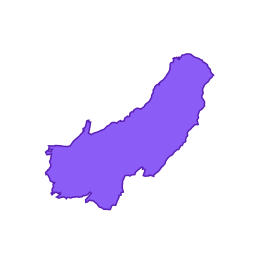 Farau, Alba, Romania, rotated 302°
{"feature_id": "2599482B58805597350523", "entity_name": "Farau", "entity_type": "district", "adm_level": 2, "iso_a3": "ROU", "parent_name": "Romania", "parent_adm1": "Alba", "projection": "equal_earth", "projection_center": [24.029, 46.338], "detail": "fine", "context": "isolated", "style": "filled", "palette": "violet", "viewbox_px": 256, "rotation_deg": 302, "n_neighbors": 0, "source": "geoboundaries", "source_scale": "gbopen_adm2", "svg_char_len": 5812}
<svg xmlns="http://www.w3.org/2000/svg" viewBox="0 0 256 256"><g transform="rotate(302 128 128)"><path d="M218.1,172.6L218.4,171.8L218.4,170.7L219.0,169.3L219.7,168.0L220.3,167.4L220.7,167.3L221.2,166.9L221.6,166.0L221.7,165.1L222.3,163.2L223.7,161.9L224.1,158.0L223.6,157.7L223.7,157.2L223.9,156.3L224.4,155.5L224.8,155.0L224.3,153.1L224.5,151.3L223.5,147.5L223.4,146.4L223.2,146.0L223.5,145.1L223.6,144.4L223.5,143.7L223.8,142.6L223.8,142.0L223.4,141.4L223.0,140.3L222.1,138.8L221.2,137.8L219.2,136.4L218.7,135.3L215.8,135.3L213.0,135.0L212.9,134.2L215.0,134.3L215.2,133.8L214.2,133.1L213.8,132.6L213.4,132.4L213.5,131.6L212.6,131.6L212.2,131.2L212.1,130.9L212.3,130.3L211.8,129.8L211.6,129.8L211.2,129.5L210.7,129.4L210.5,129.5L210.3,130.3L210.0,130.6L208.5,131.1L208.2,131.5L207.9,131.5L206.4,130.3L206.0,129.8L204.5,129.9L202.6,131.1L199.3,132.6L197.4,132.9L195.3,132.9L193.2,132.7L191.8,133.1L190.7,132.7L188.8,132.6L187.4,132.4L185.4,131.4L182.1,130.5L182.2,131.0L182.1,131.3L181.9,131.4L181.2,131.5L180.0,129.6L179.6,129.4L179.3,129.2L178.4,129.3L177.6,128.9L175.8,129.3L175.3,129.5L175.1,129.4L174.8,129.4L174.4,129.2L173.2,129.4L172.0,130.3L171.3,130.6L168.6,130.7L166.1,131.8L165.0,131.8L161.9,132.0L158.2,130.5L156.1,130.2L154.7,130.4L150.8,128.8L150.9,128.3L150.7,127.7L150.3,127.2L149.8,125.5L149.4,125.1L148.1,124.3L146.4,123.5L145.6,123.5L144.7,123.9L144.4,123.7L143.6,122.5L143.2,122.3L141.8,121.9L141.0,122.0L140.0,122.6L139.7,123.0L139.2,123.2L137.9,122.4L137.6,122.0L137.8,121.4L137.6,121.3L137.5,121.5L137.2,121.2L135.3,120.2L134.5,120.1L133.8,120.4L133.6,120.6L132.5,120.5L132.0,121.1L130.8,119.9L130.2,118.7L129.8,118.3L130.4,117.9L129.8,117.4L128.2,116.4L126.4,116.2L125.9,114.3L124.6,112.1L124.0,111.6L122.7,110.9L121.5,110.9L121.0,110.8L119.6,110.1L118.6,109.3L115.9,108.8L113.9,108.2L113.3,107.9L112.7,107.1L108.4,104.3L105.7,101.9L104.0,100.8L102.9,100.5L102.9,98.0L102.6,97.3L107.8,95.4L111.7,93.8L113.2,93.1L112.2,91.3L113.8,90.8L112.8,89.6L112.4,89.4L111.7,89.4L111.0,89.8L109.0,90.5L106.8,91.1L105.5,91.3L103.8,90.2L103.6,90.4L103.0,90.8L103.1,91.5L103.0,92.0L101.8,92.4L101.4,91.5L101.0,91.8L101.0,92.0L100.9,92.1L100.2,92.0L97.9,91.3L95.7,91.1L87.8,88.7L82.8,88.5L82.0,88.3L80.3,86.6L79.8,85.9L79.5,85.2L78.1,82.8L77.8,81.9L77.8,81.5L75.3,76.7L74.4,75.4L74.1,75.5L72.7,73.4L70.9,70.3L70.7,70.8L70.2,71.0L69.4,71.6L67.6,71.9L69.7,75.1L67.7,75.1L67.2,75.3L66.9,74.9L66.7,73.5L66.5,72.9L65.7,71.4L64.6,71.4L64.1,70.9L63.9,70.9L62.7,72.6L62.5,72.8L62.4,73.2L62.9,74.3L65.5,76.8L60.4,79.0L58.1,79.2L55.9,81.9L54.6,82.9L54.3,82.9L53.2,82.7L51.5,82.7L50.3,82.9L50.2,82.9L49.8,82.1L49.1,82.4L48.8,82.4L47.8,81.9L47.1,81.7L46.7,82.0L46.0,82.0L45.8,82.4L45.0,83.3L45.5,83.6L46.1,84.1L45.5,85.2L45.4,85.5L43.6,88.4L42.4,89.7L42.0,89.9L42.1,92.6L42.1,93.0L42.7,94.2L42.9,94.7L42.2,95.0L42.0,94.9L41.8,94.3L41.7,94.1L40.5,94.3L39.4,95.2L39.1,95.7L38.7,95.9L37.4,96.0L36.7,95.8L36.0,96.4L35.3,96.5L35.1,96.7L34.6,96.7L34.3,97.1L34.2,97.7L33.7,98.0L33.1,97.9L32.3,97.3L31.8,97.7L31.7,97.7L31.4,98.3L31.6,98.7L31.2,99.0L31.4,99.2L33.2,99.4L33.6,99.9L34.0,100.0L34.4,99.8L34.9,100.1L35.1,101.0L35.8,101.7L35.8,102.2L35.5,102.5L35.4,103.6L35.8,104.3L36.6,104.1L36.7,104.3L36.7,104.5L37.3,104.7L37.0,105.1L36.9,105.4L36.7,105.5L36.4,105.6L36.2,105.8L35.3,105.4L33.6,105.0L31.6,104.0L31.8,105.3L31.7,106.0L32.1,106.6L32.7,107.3L34.2,108.5L34.3,108.8L35.0,109.4L35.5,109.6L35.7,112.2L35.6,112.6L35.3,113.1L36.5,113.2L37.5,114.0L38.1,115.9L38.5,116.8L40.0,117.7L40.4,118.4L40.9,118.9L41.1,119.5L42.7,121.1L43.2,123.0L44.4,124.1L44.8,124.9L45.7,125.6L46.4,125.6L46.9,125.9L47.5,127.0L48.4,127.7L49.1,128.1L49.9,128.7L49.9,129.0L50.6,129.1L50.9,129.4L53.3,129.5L53.4,130.0L53.3,131.5L47.8,130.7L44.7,130.1L42.6,131.6L43.5,132.5L44.6,133.1L46.2,133.4L47.8,137.1L47.8,137.5L47.4,140.0L47.2,142.0L45.9,145.0L45.8,145.6L46.3,147.2L46.3,147.7L46.4,148.2L46.3,150.8L46.7,151.0L47.0,151.8L48.5,154.2L48.6,155.0L49.1,155.8L49.7,156.1L50.4,156.1L50.6,155.8L52.0,155.7L52.8,155.5L53.5,155.6L54.7,156.0L55.9,158.5L60.8,157.5L64.8,157.0L65.8,155.9L67.5,157.7L69.5,156.2L71.2,158.0L74.4,154.6L75.3,154.3L76.0,153.6L76.6,153.3L77.8,153.1L78.5,152.4L79.6,151.8L80.7,151.4L82.2,151.5L83.1,151.0L84.0,151.1L85.2,150.8L86.3,150.9L88.0,153.3L88.3,154.2L88.3,155.1L89.0,155.3L89.7,155.7L90.4,156.2L91.1,157.0L91.6,157.9L92.1,158.5L94.2,157.8L95.5,158.1L96.1,158.1L96.9,158.6L98.4,158.8L98.8,159.2L99.5,159.4L100.5,159.5L100.9,160.0L101.8,160.3L102.4,160.9L102.4,161.4L100.8,162.2L101.5,162.8L101.6,164.8L95.8,166.1L95.9,167.3L96.8,169.0L98.6,171.2L99.4,170.9L99.9,172.3L100.6,175.5L101.7,174.9L102.4,174.8L103.6,175.4L105.6,175.9L106.6,176.5L107.2,176.7L109.3,177.1L110.5,177.0L111.1,177.2L111.8,177.0L112.2,177.3L112.9,177.3L113.4,177.5L114.9,177.9L116.8,178.2L117.6,178.2L119.7,177.5L123.2,177.6L126.2,178.3L128.7,179.8L129.2,179.9L132.6,180.0L134.2,180.7L135.3,180.8L135.9,181.3L136.4,182.2L136.9,182.4L137.3,182.4L138.5,182.1L139.5,182.3L140.4,182.0L140.7,182.0L141.2,182.6L141.9,183.1L142.8,183.2L144.6,182.7L146.1,183.7L146.6,183.9L147.2,184.0L147.6,183.8L148.7,183.0L151.0,182.3L151.8,182.4L152.3,182.6L153.0,182.7L155.4,180.8L156.1,180.6L158.1,181.0L160.7,181.8L162.0,181.9L163.6,182.2L164.0,182.5L164.7,182.5L165.6,182.7L166.9,183.7L168.0,185.6L168.3,185.7L168.8,184.9L169.6,184.2L170.8,182.7L171.6,182.3L172.3,182.3L173.5,182.4L174.2,182.3L175.5,180.8L177.2,180.1L178.5,180.0L180.1,179.4L181.5,179.9L182.9,180.6L185.0,181.0L186.5,181.0L187.3,181.2L188.3,180.4L189.9,179.6L191.0,178.7L192.0,176.8L192.7,175.0L193.0,174.5L193.4,174.2L195.0,173.4L195.8,173.6L196.4,173.2L196.7,173.4L197.8,173.0L198.2,172.4L198.9,171.9L200.0,170.8L204.5,170.1L205.6,170.1L206.3,170.2L208.7,171.1L210.0,171.5L211.2,171.5L212.7,171.3L215.6,172.3L217.2,172.1L218.1,172.6Z" fill="#8b5cf6" stroke="#5b21b6" stroke-width="1.5"/></g></svg>